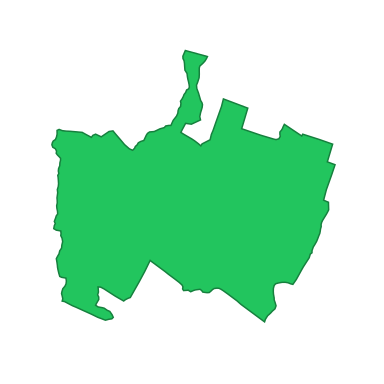 outline of Kiambaa, Central, Kenya, rotated 260°
{"feature_id": "3690345B47179274610537", "entity_name": "Kiambaa", "entity_type": "district", "adm_level": 2, "iso_a3": "KEN", "parent_name": "Kenya", "parent_adm1": "Central", "projection": "orthographic", "projection_center": [36.767, -1.165], "detail": "fine", "context": "isolated", "style": "filled", "palette": "green", "viewbox_px": 384, "rotation_deg": 260, "n_neighbors": 0, "source": "geoboundaries", "source_scale": "gbopen_adm2", "svg_char_len": 3834}
<svg xmlns="http://www.w3.org/2000/svg" viewBox="0 0 384 384"><g transform="rotate(260 192 192)"><path d="M107.1,45.2L106.2,47.5L103.7,50.7L100.7,54.6L98.6,57.9L94.4,64.0L89.3,71.5L85.0,77.4L80.8,84.5L81.1,88.1L81.0,91.0L82.2,92.7L85.0,92.0L88.7,90.3L90.2,88.0L92.8,85.4L93.7,83.5L95.1,79.6L97.2,77.4L99.0,78.7L100.8,80.2L102.3,81.5L104.8,81.9L107.1,81.2L109.7,82.5L112.6,82.8L114.8,83.0L114.2,85.5L111.8,88.6L102.8,98.3L96.5,105.8L97.6,107.9L98.5,110.9L98.8,112.9L112.5,124.2L122.0,131.7L127.5,135.7L131.9,138.9L130.4,140.2L118.4,151.6L115.3,154.3L113.6,155.9L111.7,157.7L108.7,160.5L105.3,163.6L103.9,164.7L102.0,166.1L100.1,166.6L98.2,165.9L96.4,166.6L95.9,171.3L94.0,173.4L94.8,176.7L95.0,178.6L94.8,183.0L93.3,184.4L91.6,185.2L90.8,187.5L90.2,189.5L90.0,191.5L91.2,193.6L92.3,195.2L93.1,197.0L93.0,199.8L92.5,201.8L91.4,203.4L89.6,205.4L85.2,209.7L76.9,217.5L74.7,219.2L72.6,220.9L51.5,240.9L53.9,242.2L55.7,243.8L57.1,245.1L58.1,246.8L59.2,248.5L60.7,250.4L62.5,253.4L65.3,255.0L68.3,254.7L71.5,254.2L73.4,254.5L75.3,254.5L77.3,254.5L80.0,254.8L82.9,255.4L85.7,256.7L87.1,258.4L87.4,261.2L87.4,264.9L86.9,268.1L85.9,270.9L84.5,273.1L83.5,275.3L87.7,279.5L95.5,285.8L98.8,288.5L106.9,296.0L110.3,297.7L111.3,299.6L113.4,300.0L116.8,301.9L119.0,303.9L121.8,306.2L124.2,307.7L126.4,309.0L129.1,310.7L130.9,311.4L133.4,312.2L135.4,313.2L137.6,313.5L139.7,314.5L141.5,315.8L144.1,318.1L146.9,320.6L148.8,322.1L150.7,323.5L158.2,324.6L159.4,322.7L161.1,320.2L171.1,324.8L174.6,326.8L185.0,332.7L194.0,337.6L198.2,330.5L214.7,338.8L221.6,326.5L229.7,311.1L228.1,309.8L242.6,294.7L240.6,293.2L238.8,292.1L237.4,290.9L235.8,289.0L233.6,288.6L231.5,288.6L229.3,286.8L229.0,283.9L229.8,281.9L236.0,269.5L245.7,251.9L264.9,261.5L278.2,239.1L271.1,235.9L255.9,227.3L248.9,223.4L247.2,222.3L245.4,221.1L240.3,218.9L237.6,210.2L235.9,208.7L238.4,206.7L241.8,203.6L244.5,200.8L245.8,199.2L250.3,193.9L252.6,191.4L255.1,193.2L260.7,197.6L258.9,203.2L261.5,212.9L264.8,212.7L268.8,214.3L271.1,215.5L273.6,216.7L276.2,217.5L278.3,217.3L280.6,216.4L283.5,216.1L288.2,215.6L293.0,214.7L296.5,215.0L298.7,216.4L300.4,217.3L303.2,218.8L306.5,219.6L310.2,220.2L312.9,220.7L314.7,221.6L316.1,223.9L317.3,225.7L318.9,227.7L321.0,229.5L322.7,230.7L332.5,210.0L329.9,208.3L327.3,206.6L324.9,206.3L322.7,207.0L319.9,206.9L316.4,206.5L313.2,206.2L309.6,207.7L306.3,207.5L304.1,207.5L301.4,207.7L298.2,207.8L295.7,207.6L294.1,206.5L293.4,204.4L291.1,203.0L289.4,201.1L287.5,200.0L285.3,198.3L283.4,196.4L281.3,196.5L278.2,195.6L276.5,193.5L274.7,192.5L272.0,191.7L269.4,189.9L267.6,187.9L265.8,185.9L263.6,184.4L261.2,182.8L261.6,180.9L261.6,177.6L260.2,175.8L259.8,171.5L258.9,168.3L258.1,165.3L258.5,160.6L257.5,158.4L255.8,156.8L253.5,155.2L251.1,153.5L250.7,150.3L249.8,147.7L247.9,146.1L246.7,144.1L245.1,143.1L243.4,140.8L245.4,137.8L250.4,133.8L256.8,130.1L262.5,126.7L265.9,124.8L266.0,120.8L262.1,112.2L265.7,107.1L265.0,104.2L263.3,102.4L266.8,97.9L269.8,94.2L272.9,82.7L273.8,78.7L274.9,75.0L276.7,72.0L276.1,69.8L272.4,69.2L269.5,68.0L267.4,66.6L266.3,64.2L264.7,63.0L262.8,62.2L260.2,62.7L258.4,64.9L255.9,65.7L253.6,65.0L251.7,66.0L249.8,67.3L248.1,68.4L246.2,68.1L243.7,67.0L240.8,66.3L238.3,64.7L235.9,64.0L233.3,64.0L231.7,62.7L229.8,62.7L226.6,62.4L223.3,62.0L220.5,61.2L217.8,59.8L214.6,59.6L212.1,58.8L209.6,58.0L207.3,57.8L204.6,57.4L201.9,56.3L199.3,56.1L196.5,56.2L193.7,55.9L192.1,54.2L189.8,53.0L186.9,51.3L184.7,51.9L182.9,50.6L179.9,49.5L178.0,51.7L177.2,53.9L176.4,56.0L173.8,55.8L171.8,55.2L169.1,56.0L165.5,56.0L162.3,54.6L159.4,53.8L157.0,51.5L154.2,50.3L152.1,48.5L149.9,46.8L146.3,46.8L143.4,46.7L141.3,46.5L139.3,46.5L135.4,46.7L131.8,47.1L130.6,48.8L129.1,52.9L126.1,52.8L123.4,52.0L121.3,50.5L119.2,48.0L116.7,46.7L114.6,45.9L112.1,46.1L109.3,46.2L107.1,45.2Z" fill="#22c55e" stroke="#15803d" stroke-width="1.5"/></g></svg>